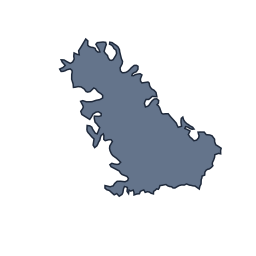 Altamira do Paraná, Paraná, Brazil, rotated 32°
{"feature_id": "56859067B67017349975974", "entity_name": "Altamira do Paraná", "entity_type": "district", "adm_level": 2, "iso_a3": "BRA", "parent_name": "Brazil", "parent_adm1": "Paraná", "projection": "albers", "projection_center": [-52.708, -24.824], "detail": "fine", "context": "isolated", "style": "filled", "palette": "slate", "viewbox_px": 256, "rotation_deg": 32, "n_neighbors": 0, "source": "geoboundaries", "source_scale": "gbopen_adm2", "svg_char_len": 4084}
<svg xmlns="http://www.w3.org/2000/svg" viewBox="0 0 256 256"><g transform="rotate(32 128 128)"><path d="M130.2,82.2L127.3,82.3L125.2,81.5L123.6,80.4L122.2,78.7L120.6,78.4L117.2,81.3L115.9,82.4L113.9,81.7L112.5,79.8L111.7,75.6L109.5,75.6L107.8,77.0L105.9,78.9L105.0,80.7L103.5,81.5L103.0,79.8L103.7,78.1L105.2,75.8L105.3,72.9L103.8,70.4L102.0,70.4L100.1,71.6L98.9,75.2L98.5,77.7L97.9,79.8L96.9,81.8L95.2,83.3L93.8,84.2L91.4,83.6L89.4,81.2L89.0,76.5L88.0,74.3L86.6,73.4L85.4,72.5L80.5,67.7L79.2,66.1L76.7,64.6L74.6,64.2L72.2,64.2L69.3,64.0L67.1,64.9L67.9,66.7L70.0,66.4L71.9,66.8L74.0,68.0L76.6,68.3L78.8,70.7L79.2,72.9L79.2,77.9L78.3,79.3L76.6,80.1L74.0,79.0L72.2,77.4L69.2,76.7L67.1,75.7L65.7,70.7L65.4,68.8L63.7,67.2L61.3,68.3L56.7,71.9L56.4,74.0L59.0,75.4L61.8,76.7L63.8,78.4L62.3,79.6L59.6,79.2L57.9,77.9L55.7,78.2L53.9,79.1L51.7,79.5L50.0,79.1L48.7,77.1L47.8,75.4L45.0,74.9L45.2,82.5L45.2,88.7L47.8,91.7L45.9,92.5L42.5,92.9L44.0,95.9L45.9,98.1L46.1,101.4L44.8,103.8L41.0,104.1L37.7,104.2L35.2,105.6L37.4,107.0L41.6,108.2L40.9,111.0L38.8,114.2L41.3,115.5L42.9,114.4L44.3,112.8L45.4,110.9L47.7,108.5L49.9,108.8L51.0,110.1L51.9,112.4L54.4,116.5L58.1,119.7L60.2,122.5L61.7,121.3L63.8,119.3L66.5,118.0L70.2,118.1L73.1,119.3L74.8,118.9L76.6,117.1L77.8,112.2L79.9,112.0L82.0,112.8L83.8,113.2L86.6,113.2L89.2,113.7L90.6,116.0L89.0,118.9L86.3,121.4L83.6,124.7L81.3,126.3L78.9,127.8L75.1,128.8L73.7,130.5L77.7,132.8L79.0,133.9L79.3,136.0L79.1,138.9L81.7,141.0L87.8,141.0L91.0,141.0L91.1,137.7L90.9,134.8L92.4,131.6L94.2,129.9L97.6,129.9L98.7,131.8L97.3,133.5L93.2,135.8L94.2,137.6L95.8,139.3L97.0,140.5L99.5,141.1L101.4,141.9L103.8,142.6L104.3,145.5L105.0,149.3L103.0,149.8L98.5,147.7L96.9,146.5L94.5,146.4L92.0,147.5L93.1,149.5L94.0,151.1L95.1,152.3L96.7,153.1L98.2,153.5L101.8,154.7L105.0,155.3L106.3,158.3L107.5,161.0L110.1,162.3L111.0,159.7L110.9,157.7L110.5,155.4L110.5,153.1L109.6,150.7L109.2,148.6L110.1,146.1L111.6,147.2L113.5,150.5L115.4,150.8L117.8,148.2L119.8,146.9L121.9,147.7L122.1,152.9L123.1,155.0L124.7,156.7L127.5,158.6L129.6,159.4L132.1,159.6L134.1,159.7L136.2,160.1L139.9,160.9L139.3,163.7L137.8,164.8L135.5,165.8L133.0,166.5L132.1,168.7L134.1,169.8L137.8,169.5L143.4,169.1L145.6,170.2L147.5,170.6L152.8,169.6L155.1,170.6L155.5,172.8L154.0,175.1L149.7,177.2L147.0,179.0L146.1,182.1L146.1,184.9L144.0,187.3L139.0,189.0L140.3,191.2L142.6,191.6L145.4,190.9L149.3,191.6L151.7,192.0L153.2,189.6L156.7,190.5L158.1,187.5L157.9,185.5L156.4,181.9L156.0,179.5L157.4,179.0L159.0,178.8L159.9,180.4L160.7,182.2L163.2,183.3L161.8,180.1L163.7,180.1L165.3,177.9L167.1,179.3L168.6,181.6L170.3,179.4L172.5,177.7L172.1,175.2L173.0,173.7L174.2,172.2L176.7,173.5L178.2,171.7L180.0,171.0L182.1,171.1L184.5,170.4L183.3,168.2L184.1,166.3L184.5,164.5L186.2,163.9L186.2,162.1L185.6,159.9L187.5,158.3L188.9,156.9L190.2,155.8L192.3,156.0L194.5,155.5L196.0,154.7L197.9,155.0L199.6,154.0L200.4,152.4L201.8,149.8L203.7,147.8L205.9,146.6L207.3,144.4L210.3,143.9L211.9,143.2L213.8,142.6L215.6,141.7L220.8,142.0L219.8,139.3L219.6,136.8L218.4,134.7L217.4,132.9L217.1,131.1L216.3,129.6L218.0,127.3L216.6,124.8L216.6,122.5L217.3,121.0L218.7,119.5L219.6,117.2L220.0,115.0L218.6,114.0L217.8,112.2L217.7,110.4L217.0,107.1L215.8,104.6L218.3,101.5L220.3,100.8L218.5,98.1L217.7,95.8L214.8,95.7L211.3,95.7L208.8,93.8L207.3,91.6L203.4,90.1L201.0,90.6L197.9,92.2L194.8,91.1L191.8,92.9L189.6,94.4L191.1,95.9L192.4,96.9L193.1,99.0L192.6,102.0L190.6,103.9L187.6,103.1L185.5,102.9L182.6,101.6L182.2,97.7L179.0,97.9L176.4,98.3L176.1,96.3L178.5,95.5L180.6,95.7L183.0,95.1L184.5,93.9L182.4,93.1L179.3,93.3L177.3,93.1L175.7,93.2L172.9,92.6L170.8,91.6L168.7,89.7L168.1,91.6L168.9,93.4L170.1,95.3L172.5,98.1L170.2,100.8L168.0,99.5L166.4,98.3L162.4,97.1L160.2,96.5L158.1,95.9L154.5,94.6L152.2,96.1L150.4,97.5L148.8,97.7L147.1,96.5L144.3,94.2L142.1,93.1L140.3,92.9L140.6,90.8L139.4,88.4L136.9,88.0L134.9,89.5L134.1,91.9L133.8,94.7L133.8,97.1L133.2,99.2L131.6,100.9L128.9,98.5L128.3,96.6L128.2,94.2L130.4,92.8L131.1,91.0L131.8,88.3L135.9,86.2L132.9,83.0L130.2,82.2Z" fill="#64748b" stroke="#1e293b" stroke-width="1.5"/></g></svg>